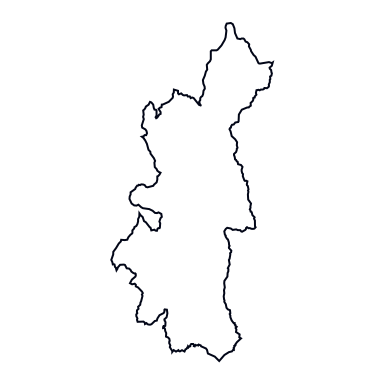 outline of Huancabamba, Piura, Peru
{"feature_id": "86281439B18343164378490", "entity_name": "Huancabamba", "entity_type": "district", "adm_level": 2, "iso_a3": "PER", "parent_name": "Peru", "parent_adm1": "Piura", "projection": "natural_earth1", "projection_center": [-79.499, -5.401], "detail": "fine", "context": "isolated", "style": "outline", "palette": "ink", "viewbox_px": 384, "rotation_deg": 0, "n_neighbors": 0, "source": "geoboundaries", "source_scale": "gbopen_adm2", "svg_char_len": 6032}
<svg xmlns="http://www.w3.org/2000/svg" viewBox="0 0 384 384"><path d="M161.8,104.6L161.5,107.2L159.9,107.7L158.6,108.9L160.6,112.1L160.6,113.9L159.3,114.5L157.2,117.6L156.2,118.2L155.6,117.2L156.6,115.4L156.5,110.4L156.0,109.8L154.5,109.6L153.8,107.9L153.2,104.6L151.3,102.4L150.0,101.9L148.6,104.7L145.8,106.6L145.6,107.5L144.5,109.3L143.2,110.4L143.7,114.7L143.1,116.9L143.8,119.1L141.8,125.4L142.2,127.6L145.4,129.4L146.5,131.0L147.0,133.2L146.2,135.1L144.6,135.1L143.6,136.3L141.9,136.7L144.1,138.5L144.3,139.4L145.0,140.0L146.9,143.8L148.5,149.8L150.3,151.7L150.5,153.6L153.9,158.2L155.1,160.9L154.4,162.7L154.8,167.1L156.8,169.3L157.2,170.6L158.9,172.0L160.5,172.7L159.5,174.6L158.1,176.1L157.3,176.4L157.3,179.7L156.6,182.4L154.0,184.6L153.3,185.8L147.5,187.3L146.0,186.9L144.7,185.1L143.1,184.5L141.2,184.4L140.1,185.1L138.8,184.8L138.3,185.5L137.2,185.6L135.7,187.6L135.2,189.0L130.6,192.3L130.6,194.4L129.7,196.5L129.5,199.0L131.6,203.5L134.2,205.4L136.5,205.6L138.4,204.7L141.3,207.3L143.0,208.2L149.3,209.1L152.7,210.8L155.0,212.9L157.0,213.1L158.5,212.4L161.3,213.9L161.8,216.9L160.5,218.2L159.4,221.6L160.2,223.2L159.9,227.4L159.6,228.1L158.4,228.1L157.6,228.7L156.9,230.8L155.5,230.6L154.4,229.7L151.3,230.4L150.5,227.6L149.7,227.2L145.9,222.3L144.0,221.1L142.7,217.1L140.6,215.2L139.4,213.4L139.3,216.6L138.1,219.1L138.1,221.4L137.4,224.1L136.3,226.0L134.4,227.1L134.1,228.5L132.4,230.4L132.4,232.9L132.1,233.5L130.4,234.8L128.3,237.3L127.3,239.7L124.8,240.1L121.2,239.8L120.8,241.5L118.8,243.5L116.1,248.0L113.3,251.8L113.2,254.5L111.3,259.9L112.4,262.3L112.8,264.4L113.7,264.2L114.5,264.5L115.0,266.9L115.8,267.7L116.5,270.3L117.5,268.7L117.6,267.7L120.1,264.8L123.9,264.6L125.0,265.0L126.7,268.3L129.1,268.6L130.6,270.0L131.3,271.5L133.0,272.8L134.7,273.6L135.2,273.4L135.7,273.9L135.8,275.5L135.4,276.6L131.9,279.6L130.0,283.2L132.1,284.3L134.7,283.7L135.8,284.7L135.8,286.4L138.0,287.4L142.0,291.6L142.8,293.1L141.9,294.6L142.5,295.9L141.1,301.4L140.5,302.5L140.2,304.8L138.1,306.8L138.5,308.8L137.0,310.3L136.9,312.1L137.3,313.1L136.3,314.4L136.3,316.1L137.4,318.4L137.0,319.8L137.6,321.8L143.5,321.6L144.8,322.7L145.0,324.0L146.5,323.1L147.5,324.2L148.4,324.5L150.0,324.7L151.5,324.2L154.8,321.0L156.8,320.6L157.4,318.5L159.5,315.2L163.6,313.1L164.4,311.7L164.4,309.8L164.7,309.4L166.9,309.7L167.4,313.3L166.7,316.8L166.5,317.4L164.4,319.3L164.6,320.7L165.2,321.3L165.5,322.4L165.3,325.8L165.0,326.1L163.6,326.0L163.1,327.0L163.1,328.1L164.3,327.9L165.0,329.1L165.2,330.9L166.2,333.1L166.0,336.6L168.1,337.5L169.3,338.8L169.7,340.9L169.3,341.4L169.2,343.1L170.3,345.4L169.8,347.1L172.3,351.1L172.3,351.9L173.7,350.1L176.0,351.6L178.4,350.2L178.7,350.9L179.9,351.4L182.0,350.2L184.5,351.5L185.5,349.3L186.5,348.9L187.2,347.6L187.9,347.8L188.1,346.2L188.9,346.9L190.2,346.3L190.1,345.6L191.2,344.0L193.2,344.0L193.9,345.1L193.8,346.1L194.7,346.4L195.4,345.0L196.0,345.4L197.3,345.1L198.2,345.5L198.7,344.6L200.7,345.4L201.1,346.3L206.0,348.5L207.0,349.9L207.9,353.5L214.8,356.6L219.2,361.0L224.4,355.0L229.0,352.1L231.9,351.4L233.2,349.8L233.7,349.9L233.6,349.3L234.0,348.9L233.6,348.0L234.4,346.8L234.3,345.9L234.9,345.8L235.0,345.1L235.6,344.9L235.6,344.0L237.0,342.1L241.0,338.4L239.3,337.4L239.6,334.4L236.0,332.0L236.4,329.5L235.6,328.0L236.7,326.8L235.3,325.7L235.4,324.9L234.7,324.5L234.7,323.1L233.6,323.0L231.7,320.5L230.3,317.0L230.4,315.8L229.7,314.0L230.3,313.3L230.0,310.2L227.9,309.4L226.5,307.8L225.8,304.2L224.3,301.8L224.5,300.3L224.1,299.5L223.7,296.3L224.3,293.3L224.0,290.2L224.8,287.4L224.2,283.3L224.4,280.9L227.4,276.6L227.6,273.0L228.3,271.4L228.4,269.0L227.8,268.2L229.7,264.5L228.9,260.0L229.6,258.7L230.3,254.6L230.1,253.2L231.1,252.2L231.3,250.6L229.0,248.1L228.9,247.1L229.6,245.9L229.1,245.1L228.9,242.5L227.9,239.4L227.1,238.9L225.6,236.5L225.7,235.5L224.9,234.7L224.3,231.3L225.8,228.9L227.2,227.8L230.8,228.5L232.7,229.9L236.2,229.4L237.7,230.1L240.3,230.2L241.3,231.5L242.1,231.7L245.3,229.9L245.9,229.1L246.0,228.1L247.0,227.2L248.4,228.2L249.8,228.1L251.4,228.8L253.1,228.9L254.4,228.6L255.6,227.2L255.0,226.3L254.9,220.5L254.0,218.6L254.6,217.3L252.4,215.1L251.7,212.2L250.6,211.6L250.5,210.5L249.8,209.4L250.5,207.8L250.4,206.4L251.0,203.5L248.2,199.6L247.9,194.4L248.4,191.8L248.0,190.5L248.5,189.4L247.8,186.0L247.0,185.2L246.8,184.3L247.4,181.3L246.1,180.7L245.0,180.9L244.4,180.4L242.8,176.2L243.0,174.1L242.2,173.1L241.7,171.3L241.6,169.8L242.5,166.9L241.0,165.0L238.1,164.2L237.6,161.7L236.7,161.3L236.1,160.0L235.1,159.4L234.7,156.9L234.0,155.1L234.0,154.0L236.1,152.0L236.8,149.8L236.8,148.7L237.5,147.8L236.8,145.2L237.1,142.2L235.2,139.3L231.7,136.1L230.6,131.4L229.5,129.2L229.9,128.2L230.9,127.6L231.1,126.3L232.0,124.8L233.7,124.5L235.3,122.5L238.2,122.0L238.6,121.2L238.9,114.5L241.8,109.7L247.1,107.5L248.8,107.4L249.4,106.6L250.8,105.7L250.6,103.0L252.7,101.0L253.3,99.6L253.2,98.1L254.7,97.5L254.7,96.5L256.4,94.7L255.9,93.0L256.5,90.2L258.5,89.8L259.7,90.3L260.7,89.6L262.9,89.5L263.8,89.1L264.4,88.0L267.0,88.2L268.6,86.9L269.0,86.0L268.8,84.5L269.8,82.2L269.8,79.7L270.3,79.1L270.1,76.5L271.4,75.7L271.9,73.2L271.5,72.6L271.1,70.0L269.8,68.7L269.6,67.6L271.8,65.8L272.7,62.5L271.8,63.1L269.0,62.1L260.6,63.5L259.1,63.5L258.4,63.0L255.5,56.7L253.6,55.0L251.1,51.2L250.8,49.8L248.9,46.4L249.2,44.3L247.3,42.2L245.6,41.6L244.3,39.2L243.4,38.5L241.7,38.5L240.3,39.1L237.4,38.5L235.0,33.0L234.4,28.2L232.8,24.2L230.8,23.0L226.7,23.6L225.7,26.0L225.5,27.8L226.4,30.6L225.6,37.4L224.6,40.1L221.5,45.4L217.7,49.7L216.6,50.3L211.7,50.3L210.8,51.3L210.8,59.3L210.0,61.2L207.7,63.5L206.8,64.9L207.2,69.6L205.9,71.6L204.8,75.7L202.9,80.1L203.4,83.8L204.6,86.6L204.8,88.7L203.5,90.8L203.1,94.2L202.3,96.1L201.0,97.0L200.3,98.1L200.2,100.2L199.2,101.7L200.1,104.8L201.4,105.7L199.1,104.9L193.6,98.0L192.1,97.5L190.7,98.1L189.8,96.4L187.8,96.5L187.0,95.1L184.0,95.4L182.9,95.0L181.2,93.4L178.9,94.3L178.1,93.5L178.0,90.8L173.9,89.6L173.8,92.5L172.7,94.3L173.0,96.4L172.7,97.8L168.8,101.8L162.9,104.5L161.8,104.6Z" fill="none" stroke="#020617" stroke-width="2"/></svg>